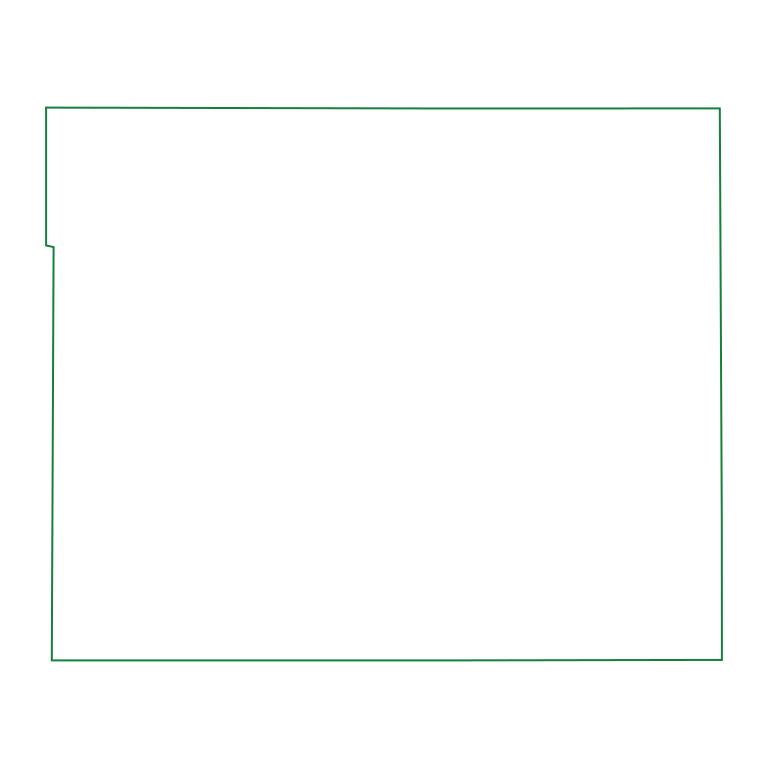 Lincoln, Kansas, United States of America
{"feature_id": "52423323B2228267631345", "entity_name": "Lincoln", "entity_type": "district", "adm_level": 2, "iso_a3": "USA", "parent_name": "United States of America", "parent_adm1": "Kansas", "projection": "equal_earth", "projection_center": [-98.224, 39.045], "detail": "fine", "context": "isolated", "style": "outline", "palette": "green", "viewbox_px": 768, "rotation_deg": 0, "n_neighbors": 0, "source": "geoboundaries", "source_scale": "gbopen_adm2", "svg_char_len": 242}
<svg xmlns="http://www.w3.org/2000/svg" viewBox="0 0 768 768"><path d="M46.1,107.6L46.1,245.4L53.6,247.1L51.8,660.4L454.3,660.4L721.9,659.9L721.8,521.5L719.8,108.4L450.2,108.5L46.1,107.6Z" fill="none" stroke="#15803d" stroke-width="2"/></svg>